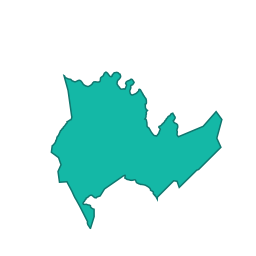 San Juan Quiahije, Oaxaca, Mexico (Mercator projection), rotated 331°
{"feature_id": "50627088B53386333601556", "entity_name": "San Juan Quiahije", "entity_type": "district", "adm_level": 2, "iso_a3": "MEX", "parent_name": "Mexico", "parent_adm1": "Oaxaca", "projection": "mercator", "projection_center": [-97.349, 16.355], "detail": "fine", "context": "isolated", "style": "filled", "palette": "teal", "viewbox_px": 256, "rotation_deg": 331, "n_neighbors": 0, "source": "geoboundaries", "source_scale": "gbopen_adm2", "svg_char_len": 5868}
<svg xmlns="http://www.w3.org/2000/svg" viewBox="0 0 256 256"><g transform="rotate(331 128 128)"><path d="M155.9,99.9L155.5,100.5L155.1,100.9L153.7,101.2L152.1,101.7L150.3,101.6L149.4,101.5L148.0,101.3L147.5,101.1L146.8,100.1L146.7,99.0L147.0,97.7L147.4,96.4L149.4,94.8L149.6,94.4L149.9,94.3L150.7,92.6L151.2,92.2L153.0,92.4L155.0,91.4L155.5,91.0L155.2,87.7L154.4,86.8L153.6,86.8L152.6,87.1L151.4,86.8L149.9,86.7L148.5,87.0L147.4,88.1L147.6,89.0L147.6,89.5L147.2,90.2L144.6,92.3L144.3,92.5L143.9,92.4L143.5,91.8L141.1,90.9L140.4,90.1L140.3,89.3L140.2,88.3L140.1,87.9L140.1,87.5L139.8,86.6L139.8,85.3L139.7,84.8L140.0,83.6L140.4,83.2L141.2,82.1L142.2,81.4L144.1,80.9L144.8,80.6L145.8,80.1L146.4,79.6L146.8,78.8L147.1,77.0L146.5,76.4L146.3,75.3L146.2,75.0L145.2,73.9L144.3,73.6L142.7,73.0L139.8,74.1L139.9,74.3L139.4,74.8L138.9,75.0L138.2,75.0L137.7,74.6L137.2,73.9L136.7,70.8L136.8,70.5L136.4,69.5L136.2,68.9L135.7,68.4L133.9,68.6L131.7,70.3L128.9,70.7L128.2,71.0L127.5,72.0L126.9,72.9L126.4,73.4L125.9,73.7L125.4,73.8L123.9,73.3L121.6,71.6L120.3,71.1L119.7,71.4L118.9,71.5L117.9,72.2L117.0,72.4L115.7,72.6L113.6,72.5L112.9,72.2L111.2,70.4L110.1,68.3L110.0,66.6L109.7,64.3L109.0,63.0L108.5,62.6L107.4,62.3L105.4,62.2L104.5,62.1L104.1,62.0L103.2,61.2L102.8,60.5L102.0,59.7L101.5,57.7L99.6,56.2L97.7,53.6L97.6,53.1L97.7,52.5L97.7,51.7L97.4,51.2L93.8,66.1L84.5,90.2L84.5,90.5L84.4,90.9L83.8,91.7L83.1,92.4L82.2,93.1L81.2,92.9L80.4,92.9L79.7,93.0L78.9,93.1L77.8,92.9L77.6,93.4L77.5,93.7L76.9,94.1L75.7,94.4L75.3,94.6L74.9,94.9L74.2,95.2L73.6,95.5L73.0,95.7L71.8,96.0L71.2,96.7L70.9,96.6L70.2,96.7L69.7,97.0L69.3,97.1L68.9,97.3L68.6,97.6L68.2,97.6L67.7,97.6L67.3,98.0L63.1,101.1L62.2,101.1L62.0,101.3L61.6,101.6L61.3,101.8L61.1,102.0L60.7,102.5L60.3,103.0L59.9,103.3L59.3,103.8L58.7,104.1L58.2,104.8L57.5,105.2L56.7,105.8L56.3,105.9L55.2,106.3L54.6,106.6L53.1,106.8L49.2,112.1L52.9,120.2L51.6,127.7L45.7,132.1L41.8,142.2L48.5,145.4L48.3,156.2L47.9,160.9L47.8,163.7L47.9,165.8L47.9,172.9L47.3,188.8L47.3,190.1L46.4,191.4L46.0,193.3L46.1,193.9L46.2,194.9L46.3,197.2L46.6,197.5L55.4,189.1L58.8,182.9L58.9,182.5L58.5,182.2L57.9,181.4L57.6,180.9L57.3,180.2L57.0,179.6L56.9,179.1L57.0,178.7L57.4,178.2L57.4,177.6L57.1,177.0L56.6,176.5L56.2,176.3L55.4,175.5L54.9,174.9L54.7,174.6L53.7,174.1L52.9,173.7L52.1,173.2L52.0,172.8L52.0,172.2L52.7,171.6L53.6,171.1L53.9,171.0L54.3,171.0L55.1,170.5L55.6,170.1L56.2,169.9L56.8,169.8L57.1,169.4L57.3,169.1L57.8,169.1L58.5,169.1L58.9,169.1L59.8,169.0L60.1,168.9L60.5,168.8L60.8,168.7L61.5,168.6L62.1,168.6L62.7,168.7L63.2,168.9L63.5,169.1L63.8,169.3L63.9,169.8L64.1,170.1L64.8,172.1L65.3,173.0L65.8,173.3L66.4,173.7L67.4,173.3L70.7,173.9L77.9,169.9L100.8,167.6L103.0,168.0L102.4,168.2L102.2,168.4L102.1,168.7L101.9,169.1L101.8,169.3L101.5,169.7L101.3,169.9L101.0,170.2L101.0,170.4L101.2,170.8L101.5,171.1L101.7,171.3L101.9,171.6L102.0,172.1L102.3,172.6L103.1,173.2L103.5,173.6L104.1,173.9L104.3,174.3L104.5,174.7L105.0,175.0L105.4,175.2L105.7,175.5L106.4,175.8L107.3,176.1L108.1,176.3L108.7,176.5L109.0,176.7L109.3,177.4L109.2,178.0L109.1,178.7L109.0,179.3L109.0,179.7L109.2,180.3L109.8,181.1L110.1,181.5L110.5,182.2L111.3,182.9L111.7,183.5L112.3,183.8L112.9,184.2L113.5,184.7L114.3,185.3L115.0,186.0L115.6,186.6L116.1,187.5L116.5,188.1L116.9,188.8L117.3,189.5L117.6,190.2L117.8,190.9L118.0,191.6L118.0,192.2L117.8,192.9L117.6,193.2L117.8,193.8L118.4,194.6L118.6,195.2L118.9,195.8L119.1,196.1L119.0,196.5L118.8,196.8L118.6,197.2L118.3,197.6L118.3,197.9L118.4,198.3L118.5,198.7L118.5,199.0L118.8,199.3L119.0,199.7L118.7,200.0L119.2,201.8L119.1,202.5L119.1,203.3L119.1,204.4L119.4,203.9L119.8,203.3L120.2,202.7L142.4,196.3L145.1,198.4L144.0,204.8L167.6,198.2L169.7,198.5L199.9,189.9L200.7,180.0L214.2,166.1L213.0,156.4L194.6,163.0L167.9,160.1L167.7,159.5L167.7,159.1L167.6,158.4L167.6,157.7L168.0,156.9L168.4,156.5L169.0,155.6L169.4,154.9L169.5,154.2L169.5,153.8L170.0,153.2L170.6,152.6L171.0,152.2L171.4,152.0L171.8,151.5L172.2,150.9L172.5,150.2L172.8,149.4L172.8,149.0L172.6,148.5L172.5,148.0L172.3,147.6L171.9,147.1L171.7,146.7L171.2,146.1L171.0,145.3L170.9,144.8L171.0,144.2L171.1,143.5L171.8,143.4L172.4,143.3L172.8,142.9L173.4,142.5L174.0,142.2L174.3,141.7L174.5,141.0L174.3,140.1L174.4,138.8L174.2,137.7L174.3,137.4L174.4,136.8L174.2,136.7L173.7,136.6L173.1,136.6L172.6,136.6L172.0,136.7L171.3,137.2L170.5,137.6L169.8,137.4L169.0,137.5L168.5,137.5L167.8,138.0L166.9,138.4L166.1,138.5L165.7,138.9L165.4,139.2L164.8,139.3L164.4,139.6L163.9,139.6L163.4,139.9L162.8,140.3L162.3,140.7L161.8,140.7L160.9,140.9L160.3,141.2L159.9,141.1L159.4,141.4L158.5,141.7L158.1,141.8L157.4,141.9L156.7,141.8L156.1,141.7L155.9,141.7L155.7,141.9L155.4,142.1L155.3,142.7L155.7,143.7L155.7,144.2L155.5,145.0L154.9,145.3L154.5,145.5L154.2,145.9L153.8,146.3L153.1,146.7L152.8,147.0L152.4,147.6L151.9,147.7L151.3,148.1L150.8,148.1L150.2,148.5L149.6,148.7L149.1,148.9L148.1,148.0L147.3,147.3L147.0,146.8L146.9,146.2L146.7,145.3L146.5,144.1L146.5,143.5L146.4,143.2L146.3,141.8L146.4,141.0L146.3,139.7L146.3,138.9L146.3,138.1L145.9,137.6L145.7,136.8L145.5,136.3L145.5,135.6L146.1,134.6L146.5,133.6L147.0,132.8L147.3,131.8L147.7,130.6L147.9,129.8L147.8,129.1L147.1,128.3L147.5,128.1L148.4,127.7L149.1,126.9L149.6,126.3L149.7,125.9L150.2,125.2L150.7,124.9L151.1,124.3L151.3,123.3L151.8,123.0L152.4,122.5L153.0,122.2L153.6,122.0L153.2,121.3L152.8,120.9L153.0,120.3L153.0,119.8L152.9,119.1L153.2,118.5L153.4,118.0L153.8,117.2L154.3,116.3L154.5,115.5L155.7,115.6L156.3,115.0L156.6,114.4L156.8,114.0L157.2,113.3L157.5,112.6L157.8,111.5L157.9,110.9L157.8,110.4L157.6,109.6L157.6,108.9L157.6,108.5L157.5,108.1L157.6,107.6L157.4,107.2L157.3,106.6L157.5,106.2L157.3,105.8L157.5,105.2L157.5,104.8L157.4,104.1L157.4,103.5L157.4,103.0L157.3,102.5L157.4,102.0L157.4,101.2L157.3,100.4L157.0,100.0L156.6,99.6L155.9,99.9Z" fill="#14b8a6" stroke="#0f766e" stroke-width="1.5"/></g></svg>